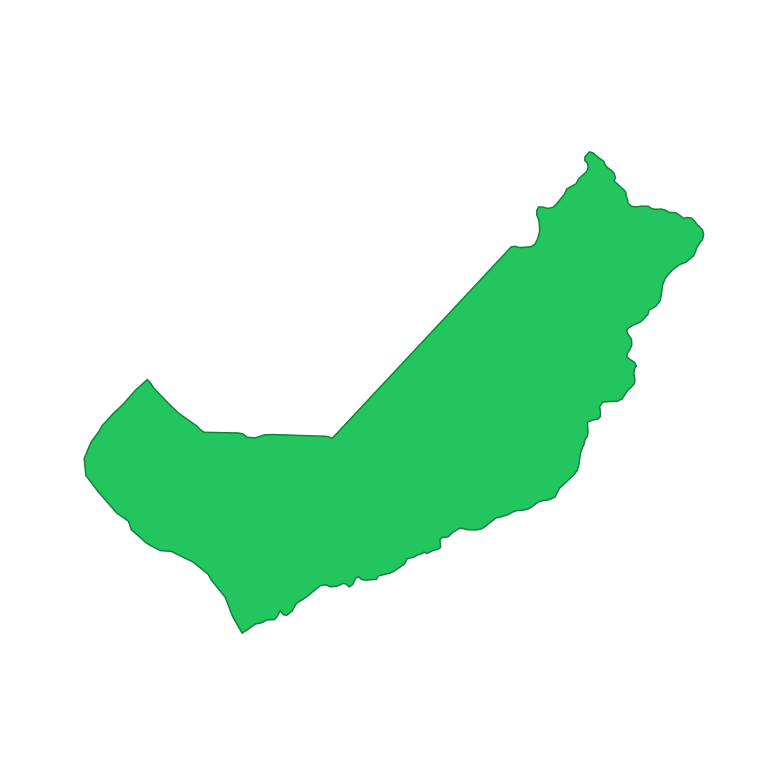 the district of Brejo Grande do Araguaia, Pará, Brazil, rotated 195°
{"feature_id": "56859067B66986950411555", "entity_name": "Brejo Grande do Araguaia", "entity_type": "district", "adm_level": 2, "iso_a3": "BRA", "parent_name": "Brazil", "parent_adm1": "Pará", "projection": "mercator", "projection_center": [-48.48, -5.764], "detail": "fine", "context": "isolated", "style": "filled", "palette": "green", "viewbox_px": 768, "rotation_deg": 195, "n_neighbors": 0, "source": "geoboundaries", "source_scale": "gbopen_adm2", "svg_char_len": 3027}
<svg xmlns="http://www.w3.org/2000/svg" viewBox="0 0 768 768"><g transform="rotate(195 384 384)"><path d="M613.8,327.0L622.6,313.4L630.8,296.9L638.3,284.7L643.6,274.2L645.2,271.6L647.0,264.6L648.3,261.3L651.5,253.3L652.6,247.7L654.3,234.4L648.3,218.5L632.4,206.1L608.5,190.0L603.2,188.3L595.2,185.2L590.4,177.9L572.1,168.8L567.9,167.6L557.0,165.2L546.1,167.3L522.1,162.5L504.5,154.6L500.3,150.1L481.9,136.7L475.3,127.4L470.1,120.3L463.1,113.2L456.6,106.6L454.0,109.5L446.0,118.9L440.5,121.6L435.9,125.9L429.0,128.0L427.3,131.1L425.5,138.2L421.5,135.1L418.2,135.4L413.9,140.9L412.4,147.7L410.8,150.6L404.5,157.3L393.6,172.5L388.5,175.0L383.5,174.2L377.4,176.3L371.7,180.9L368.6,180.9L365.2,179.0L362.4,182.0L361.1,189.4L358.4,191.1L355.1,189.4L351.3,189.7L340.7,193.4L339.8,197.1L329.0,203.1L325.8,205.8L323.7,208.3L317.5,215.6L316.5,221.1L310.3,224.7L307.1,227.7L303.9,229.7L301.8,232.0L298.6,231.4L293.4,236.0L289.6,238.0L287.1,240.7L289.6,248.1L288.0,251.2L284.3,251.8L281.9,253.8L279.8,257.7L274.1,263.9L270.5,264.9L266.9,264.7L262.3,265.6L257.7,266.8L252.9,268.8L249.4,272.3L247.3,275.7L240.9,283.8L237.2,285.6L230.2,290.0L226.8,293.4L223.3,296.0L218.5,297.4L212.4,300.6L210.0,302.9L204.2,310.1L201.5,311.9L194.6,314.9L189.6,319.0L187.5,328.6L176.7,346.0L174.9,350.9L174.9,357.1L176.3,367.6L176.0,372.5L175.1,378.4L175.5,382.0L174.1,386.3L174.4,390.0L177.6,399.8L172.8,403.4L168.4,405.5L166.7,408.4L167.7,412.9L169.9,418.2L167.9,423.2L158.7,426.4L154.4,427.5L150.2,431.2L146.8,441.3L144.1,445.3L142.2,449.3L143.1,454.1L145.4,459.0L145.9,463.8L144.9,466.7L147.8,469.9L153.3,471.6L156.6,473.3L156.9,476.3L155.1,482.4L154.8,486.1L156.6,491.3L161.8,495.8L163.5,498.6L162.2,501.6L157.8,506.0L154.1,508.7L151.5,511.3L147.0,519.8L147.2,524.0L145.0,525.9L141.6,529.4L138.8,535.8L139.2,541.1L140.5,552.5L139.6,559.0L137.2,564.3L134.5,569.4L128.9,576.3L123.9,579.7L118.2,588.0L117.5,591.5L117.2,596.4L115.6,601.7L113.7,605.7L113.9,611.0L116.2,615.3L119.3,617.1L122.5,618.8L126.2,621.8L130.0,623.9L134.0,623.4L137.4,621.5L140.5,622.9L143.3,623.9L147.0,624.9L152.5,623.6L158.1,624.9L161.9,624.6L167.3,622.9L171.2,622.8L174.4,624.1L181.6,622.4L186.4,620.2L191.0,619.7L195.0,621.8L196.7,625.5L198.8,628.4L200.0,631.8L202.4,633.6L205.3,634.9L208.2,636.5L210.8,637.9L214.5,639.5L213.8,643.2L216.3,647.0L219.8,649.2L223.9,650.8L226.9,652.6L229.5,656.1L234.6,657.9L238.3,659.5L241.7,661.3L245.7,661.4L248.7,655.6L248.0,651.9L244.9,650.0L243.1,647.1L242.7,643.7L243.8,640.8L246.2,637.1L249.1,632.6L250.4,627.0L258.0,619.7L259.0,613.6L264.2,602.1L266.3,598.6L271.0,596.0L276.8,596.0L280.6,594.9L281.3,591.2L280.1,586.5L277.6,583.6L276.0,580.5L273.3,572.4L273.0,567.6L273.4,562.8L274.5,557.8L277.9,554.5L288.2,550.9L293.3,550.9L296.7,549.3L301.5,540.2L328.4,489.7L419.9,318.2L425.4,318.6L429.0,317.9L476.6,306.8L486.2,304.1L494.5,298.6L502.4,297.1L507.4,299.3L512.0,299.0L545.2,290.8L549.5,292.4L554.0,295.0L574.8,302.6L587.1,309.5L590.8,311.6L605.7,320.7L610.1,324.8L613.8,327.0Z" fill="#22c55e" stroke="#15803d" stroke-width="1.5"/></g></svg>